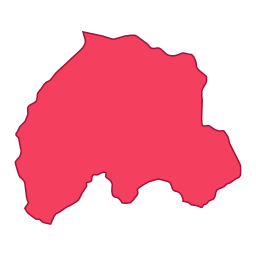 map outline of Lop Buri (orthographic projection)
{"feature_id": "THA-408", "entity_name": "Lop Buri", "entity_type": "Province", "adm_level": 1, "iso_a3": "THA", "parent_name": "Thailand", "parent_adm1": "", "projection": "orthographic", "projection_center": [100.946, 15.077], "detail": "fine", "context": "isolated", "style": "filled", "palette": "rose", "viewbox_px": 256, "rotation_deg": 0, "n_neighbors": 0, "source": "natural_earth", "source_scale": "10m", "svg_char_len": 3569}
<svg xmlns="http://www.w3.org/2000/svg" viewBox="0 0 256 256"><path d="M206.5,76.5L206.6,80.6L206.1,82.6L202.7,88.5L201.8,90.7L201.8,96.5L202.2,100.2L201.6,118.7L201.8,123.0L202.3,125.5L203.1,125.8L204.0,126.0L204.9,126.1L205.8,126.0L207.5,125.6L208.3,125.6L209.0,125.8L209.7,126.1L214.7,129.5L217.9,130.7L219.6,131.0L220.6,131.0L222.3,130.8L223.1,130.8L223.8,131.0L224.3,131.5L225.5,133.0L227.6,136.2L228.4,138.3L229.0,141.2L229.8,143.8L239.6,163.3L240.3,165.1L240.6,166.9L240.6,173.8L240.4,175.0L240.1,176.0L239.6,176.6L239.1,177.1L238.5,177.6L237.1,178.3L235.7,178.9L230.1,182.8L228.7,183.4L227.1,183.9L226.4,184.3L225.9,184.8L224.4,186.4L223.7,186.8L218.0,189.3L217.4,189.7L216.8,190.2L216.3,191.2L215.8,192.7L215.2,195.6L214.7,197.0L214.2,198.0L213.7,198.6L213.1,199.1L212.5,199.5L209.6,200.7L209.0,201.1L208.4,201.6L207.4,202.7L206.9,203.3L206.3,203.8L205.7,204.2L204.1,204.4L203.5,204.7L203.1,205.4L202.5,206.8L201.9,207.2L201.1,207.3L200.4,207.1L198.9,206.4L194.8,205.2L192.0,204.9L191.2,204.7L190.6,204.3L188.8,202.7L188.6,202.6L187.4,202.1L185.0,201.6L183.0,201.3L183.1,200.0L182.8,198.5L181.6,195.5L180.8,194.2L179.9,193.1L178.6,192.2L177.2,191.6L175.5,191.2L174.7,190.9L174.0,190.6L173.4,190.1L173.0,189.5L172.5,188.8L170.6,183.5L170.1,182.9L169.6,182.4L169.0,182.0L168.3,181.6L159.0,179.1L157.4,179.2L149.0,181.7L143.5,184.7L138.3,188.2L137.6,189.3L137.3,190.3L137.6,191.1L137.8,192.8L137.7,193.7L137.5,194.4L137.1,195.1L132.9,200.4L130.3,202.8L127.8,203.1L124.1,203.2L121.9,202.7L121.1,201.2L120.7,200.6L118.7,198.4L118.1,198.0L117.4,197.6L115.6,197.3L114.9,197.1L114.2,196.7L113.6,196.3L113.1,195.7L112.7,195.1L112.4,194.4L111.9,191.7L111.9,190.8L112.0,187.1L112.2,185.9L112.3,185.1L112.2,184.1L112.0,183.4L111.6,182.7L110.9,181.3L110.4,180.8L109.9,180.2L106.3,177.4L105.9,176.9L105.7,176.2L105.8,175.4L106.2,173.9L106.1,173.2L105.7,172.6L104.9,172.3L103.9,172.2L102.7,172.4L100.9,173.0L98.4,174.5L97.7,174.7L96.9,174.9L94.1,174.7L93.3,174.9L92.7,175.5L92.1,176.3L91.8,177.9L91.7,180.0L91.3,180.9L90.5,181.5L89.1,182.0L88.0,182.2L87.0,182.6L86.5,183.1L86.5,184.1L86.6,185.0L86.7,185.9L86.1,187.1L81.7,193.6L80.1,197.2L78.5,199.9L77.5,200.8L75.9,202.0L69.4,205.9L66.9,206.9L59.7,211.9L56.1,213.7L54.3,215.9L50.6,224.1L43.8,222.6L42.5,222.0L41.0,220.7L40.3,219.8L39.2,219.3L35.8,219.0L33.3,217.2L29.1,214.1L27.1,212.2L24.8,208.3L27.9,203.6L28.4,202.3L27.9,201.2L27.4,200.5L26.5,196.2L24.8,183.0L24.4,181.9L24.2,181.4L23.7,180.5L23.3,180.1L22.0,178.7L21.3,178.0L20.2,177.4L19.4,175.9L18.3,173.3L15.6,164.2L15.4,162.2L15.6,161.5L16.5,160.3L19.4,157.0L20.5,154.8L21.1,152.4L21.2,151.0L21.1,149.9L20.6,148.4L18.7,138.2L18.3,137.6L16.1,135.2L16.0,134.1L16.1,133.4L17.4,131.7L19.8,126.9L23.3,123.1L24.1,122.4L24.8,121.7L25.5,120.5L27.8,114.7L27.9,113.8L27.7,109.1L27.7,108.2L28.0,107.3L28.5,106.4L29.4,105.5L32.3,103.7L33.9,102.9L34.6,102.5L35.7,101.6L36.3,100.9L36.7,99.9L37.3,97.0L37.3,95.9L37.5,94.0L37.7,93.2L39.2,91.0L41.0,89.1L43.1,85.7L44.6,83.8L46.5,82.1L49.3,80.8L50.0,80.3L50.9,79.4L56.1,72.8L80.4,50.2L82.8,47.6L84.0,45.8L85.1,43.5L85.4,42.5L85.2,39.5L83.0,31.9L102.4,36.0L112.0,39.0L113.0,39.1L113.9,39.2L114.8,39.0L124.4,36.2L130.6,35.3L134.5,35.3L135.3,35.5L137.0,36.4L147.6,44.2L149.5,46.6L150.5,47.6L151.2,48.0L152.3,48.4L154.0,48.5L157.0,48.0L158.7,48.0L159.8,48.5L161.1,49.3L166.2,54.0L167.3,54.6L168.6,55.2L171.3,55.8L174.2,55.8L176.7,55.2L182.0,53.2L182.7,53.0L183.6,53.0L189.3,54.3L191.4,54.5L192.4,55.3L193.6,56.7L195.4,60.4L196.0,62.3L196.2,63.9L196.5,66.9L198.3,69.7L206.5,76.5Z" fill="#f43f5e" stroke="#9f1239" stroke-width="1.5"/></svg>